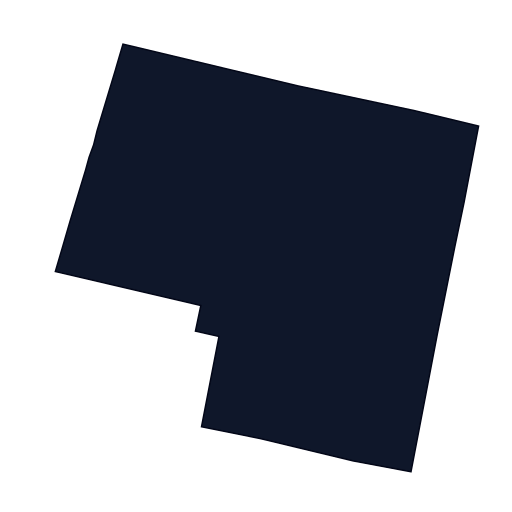 the district of Marion, Alabama, United States of America, rotated 11°
{"feature_id": "52423323B32339389880328", "entity_name": "Marion", "entity_type": "district", "adm_level": 2, "iso_a3": "USA", "parent_name": "United States of America", "parent_adm1": "Alabama", "projection": "equal_earth", "projection_center": [-87.968, 34.118], "detail": "fine", "context": "isolated", "style": "filled", "palette": "ink", "viewbox_px": 512, "rotation_deg": 11, "n_neighbors": 0, "source": "geoboundaries", "source_scale": "gbopen_adm2", "svg_char_len": 462}
<svg xmlns="http://www.w3.org/2000/svg" viewBox="0 0 512 512"><g transform="rotate(11 256 256)"><path d="M85.0,73.4L83.4,90.3L82.7,97.8L82.6,99.3L76.1,163.3L75.4,177.8L73.3,191.0L72.3,204.3L66.8,257.7L64.4,284.1L62.0,309.5L211.3,315.1L210.9,341.3L235.0,342.0L235.1,434.0L295.2,434.4L390.6,438.6L449.3,438.2L449.1,360.0L448.9,298.8L449.4,208.3L450.0,164.0L449.7,86.0L384.6,83.1L264.1,81.0L85.0,73.4Z" fill="#0f172a" stroke="#020617" stroke-width="1.5"/></g></svg>